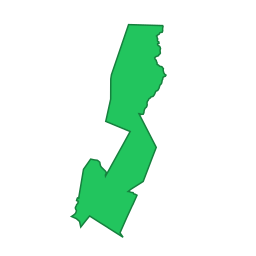 Brasileira, Piauí, Brazil (Albers equal-area conic projection), rotated 285°
{"feature_id": "56859067B5638694885795", "entity_name": "Brasileira", "entity_type": "district", "adm_level": 2, "iso_a3": "BRA", "parent_name": "Brazil", "parent_adm1": "Piauí", "projection": "albers", "projection_center": [-41.604, -4.127], "detail": "fine", "context": "isolated", "style": "filled", "palette": "green", "viewbox_px": 256, "rotation_deg": 285, "n_neighbors": 0, "source": "geoboundaries", "source_scale": "gbopen_adm2", "svg_char_len": 2098}
<svg xmlns="http://www.w3.org/2000/svg" viewBox="0 0 256 256"><g transform="rotate(285 128 128)"><path d="M24.7,147.4L40.8,149.9L54.2,152.2L55.8,152.6L57.3,152.8L65.4,154.1L65.6,153.1L65.9,151.9L65.8,150.8L66.9,149.6L66.6,147.4L66.9,145.8L66.7,144.6L69.5,146.6L70.4,147.4L71.3,148.2L80.3,156.5L99.8,158.5L105.7,159.1L116.6,160.3L144.7,134.8L144.9,135.8L144.3,136.7L144.8,137.8L145.2,139.1L146.8,139.4L148.1,139.2L149.4,139.1L150.5,139.2L151.6,139.5L153.0,140.4L154.4,140.6L155.5,140.5L156.9,139.9L158.6,139.8L160.2,140.4L161.9,140.8L162.9,141.9L163.9,142.1L164.5,143.1L165.0,144.0L166.6,144.7L168.0,145.0L169.0,145.1L170.2,145.3L171.2,145.8L171.7,146.7L172.5,147.2L173.7,147.5L174.7,147.7L176.1,147.7L177.7,147.8L178.8,148.5L180.1,148.9L181.6,148.8L183.0,148.6L183.9,148.9L184.9,148.8L186.1,148.8L187.1,149.8L187.7,150.7L188.9,151.0L189.4,149.6L190.3,148.5L191.4,147.8L192.9,147.0L194.6,146.8L195.1,145.9L195.9,145.0L196.0,144.0L195.8,142.7L196.7,141.1L196.9,139.7L198.5,139.2L199.6,138.3L200.7,137.7L201.6,136.3L202.7,135.6L204.0,136.3L205.0,137.7L205.8,138.8L206.9,138.9L207.7,139.6L208.7,139.9L210.1,139.3L211.6,138.8L213.0,138.9L214.4,138.1L215.2,137.2L215.3,136.1L216.2,135.0L217.3,134.8L217.8,136.0L219.1,135.5L219.5,134.1L220.5,133.6L221.7,133.7L222.4,132.9L223.6,132.5L224.2,131.7L225.5,132.5L226.5,133.7L228.2,134.1L228.9,135.2L229.3,136.2L230.8,136.4L232.2,135.9L233.8,135.6L235.0,135.6L235.9,135.0L228.8,105.1L228.0,101.8L176.3,98.3L175.2,98.2L170.8,98.7L151.4,103.8L128.6,104.8L125.4,129.1L125.2,131.0L110.0,127.3L85.6,121.2L84.6,121.0L75.8,118.7L76.8,118.3L78.3,118.7L79.5,118.4L80.4,117.6L81.2,116.1L82.3,114.2L83.2,112.6L84.0,111.5L85.9,110.4L87.6,109.6L88.4,108.0L88.9,106.6L88.5,103.9L88.3,100.0L76.6,95.7L47.5,98.5L47.4,97.3L46.1,97.1L44.6,97.1L44.4,98.8L43.4,99.0L42.0,99.0L40.7,98.2L38.9,98.1L37.8,97.7L36.5,98.1L35.6,98.9L34.8,99.6L33.7,99.6L32.4,99.5L30.9,98.8L29.5,97.7L28.8,97.1L27.9,96.3L27.1,101.5L25.2,105.4L20.1,108.0L28.0,111.4L33.1,113.7L32.5,115.5L29.4,125.3L26.7,134.1L26.2,135.4L21.2,151.5L24.7,147.4Z" fill="#22c55e" stroke="#15803d" stroke-width="1.5"/></g></svg>